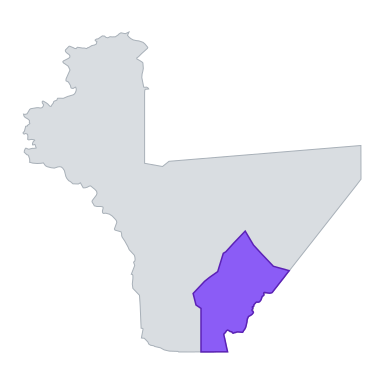 Mali, with Kidal highlighted, rotated 90°
{"feature_id": "MLI-2689", "entity_name": "Kidal", "entity_type": "Region", "adm_level": 1, "iso_a3": "MLI", "parent_name": "Mali", "parent_adm1": "", "projection": "natural_earth1", "projection_center": [2.188, 19.739], "detail": "fine", "context": "in_parent", "style": "filled", "palette": "violet", "viewbox_px": 384, "rotation_deg": 90, "n_neighbors": 0, "source": "natural_earth", "source_scale": "10m", "svg_char_len": 5629}
<svg xmlns="http://www.w3.org/2000/svg" viewBox="0 0 384 384"><g transform="rotate(90 192 192)"><path d="M48.4,309.6L48.6,307.9L47.3,306.7L47.3,306.2L48.1,301.2L48.0,299.9L48.6,297.4L47.7,296.3L47.6,295.5L45.6,292.2L45.0,289.5L44.0,287.7L41.6,287.1L40.7,288.7L40.1,288.9L39.2,287.8L38.9,286.9L38.9,286.0L35.9,281.7L36.1,279.4L37.3,278.2L37.8,276.2L36.7,274.0L36.9,271.8L36.8,268.7L35.0,266.0L33.8,264.8L32.8,263.0L33.7,258.7L32.0,255.0L35.3,256.5L37.0,255.1L38.6,253.2L39.9,250.8L40.6,247.7L40.9,245.1L42.3,241.0L44.0,239.0L47.4,236.2L48.3,236.5L53.7,242.5L56.8,245.6L57.9,247.2L58.9,247.2L60.5,244.3L62.2,241.7L62.9,241.1L68.4,240.7L71.3,241.2L73.9,241.9L77.5,242.2L87.1,240.3L87.3,239.0L87.1,237.6L87.6,236.5L88.4,235.5L89.0,235.3L89.3,238.7L90.1,239.2L92.4,239.4L163.3,239.4L166.5,221.5L161.3,215.0L145.5,23.1L179.2,23.0L185.0,27.4L292.5,111.8L293.0,114.5L292.9,118.3L293.7,119.4L295.3,120.7L301.4,124.3L301.9,125.0L302.1,126.5L302.8,128.3L304.1,129.4L305.7,130.2L307.5,130.7L313.1,131.3L314.3,132.1L316.7,135.5L318.0,136.1L325.5,137.9L328.0,138.8L330.6,140.3L332.0,141.7L332.0,146.9L333.0,150.3L333.0,151.2L331.8,152.6L331.5,153.6L330.2,156.3L330.4,157.3L333.1,159.4L334.4,159.9L335.9,159.9L351.8,156.4L352.0,205.3L351.4,206.0L351.1,214.7L349.9,219.8L347.8,223.6L346.5,229.2L345.8,230.3L345.2,233.5L344.0,235.3L342.0,236.1L338.3,239.7L338.0,242.6L329.4,241.0L328.8,241.0L328.4,241.4L328.2,242.9L306.1,243.8L295.3,244.5L288.4,251.1L284.0,251.7L278.5,251.1L275.6,251.1L274.5,251.5L274.3,252.7L265.5,249.3L262.2,250.4L261.7,250.0L261.3,249.3L259.7,248.9L257.2,249.1L255.3,249.6L249.7,254.8L246.7,256.1L241.1,259.2L237.2,261.8L235.8,262.3L233.6,262.4L231.8,263.0L230.1,269.0L229.0,269.6L222.4,267.2L221.0,267.5L219.8,268.2L216.1,271.7L214.2,274.5L213.2,278.2L213.4,280.7L212.7,281.4L211.0,281.6L207.9,280.8L206.9,281.2L206.5,283.0L206.5,287.0L205.8,289.7L204.0,290.6L202.6,291.6L201.4,292.0L200.5,291.7L195.1,287.6L193.3,287.0L191.3,287.4L189.3,289.2L185.9,293.4L186.2,294.9L187.2,296.7L187.8,298.8L187.8,300.8L182.8,303.6L184.0,305.6L183.8,311.1L181.5,313.7L180.7,315.3L178.5,317.1L176.6,318.1L170.6,319.6L168.1,321.3L167.0,322.7L166.7,324.3L166.9,326.0L168.1,329.7L167.7,333.0L166.7,336.8L165.7,338.6L162.9,340.6L163.3,343.1L163.5,346.7L163.1,351.4L162.2,354.5L161.5,354.2L158.9,354.4L155.9,355.4L154.9,356.2L154.7,357.2L152.2,359.8L150.6,359.6L149.0,358.9L148.2,358.3L148.2,357.9L149.1,355.8L149.2,355.1L148.3,351.5L148.4,350.7L148.1,347.9L147.9,347.8L144.6,349.0L144.5,349.5L145.0,351.2L144.7,351.5L143.5,351.5L141.9,350.9L140.2,349.3L139.8,349.8L139.6,351.1L139.4,352.6L139.9,355.3L139.4,356.3L136.6,356.1L134.4,356.4L133.8,357.4L133.5,358.5L134.1,359.7L134.0,360.2L133.0,361.0L132.6,360.9L131.3,359.6L126.3,358.3L125.9,356.5L125.3,356.5L123.7,354.2L123.0,354.3L122.5,354.7L120.5,354.5L118.8,356.4L117.5,358.8L116.1,360.0L114.1,360.5L114.4,359.0L113.8,356.9L109.4,354.3L108.7,353.2L107.7,347.2L107.7,345.4L108.0,343.9L107.9,342.7L107.5,341.7L106.2,340.8L104.8,340.4L103.1,341.6L102.2,341.8L101.4,341.7L101.1,341.3L101.1,340.7L103.0,337.5L104.0,336.2L105.8,334.6L106.3,333.8L106.4,333.2L106.2,332.7L105.0,332.2L103.1,330.7L102.0,330.5L101.2,329.8L100.3,327.5L99.9,327.0L99.0,326.8L98.2,326.2L98.3,320.6L96.5,316.4L94.9,311.0L94.1,309.7L92.6,308.6L90.7,307.9L89.1,307.7L87.2,308.3L87.2,308.8L88.3,310.5L88.4,311.5L88.2,312.4L87.9,313.0L85.4,313.6L82.0,315.6L80.9,317.9L80.1,318.1L78.8,317.9L70.0,314.0L66.3,315.7L63.9,319.0L63.3,320.1L62.1,321.1L61.5,321.1L60.9,320.5L58.3,315.4L57.2,314.2L55.8,314.1L54.6,314.9L53.4,316.7L51.8,318.3L50.8,318.7L49.9,318.5L46.3,315.0L46.2,314.3L47.9,310.2L48.4,309.6Z" fill="#d9dde1" stroke="#a8b0b8" stroke-width="1"/><path d="M270.7,94.8L272.0,95.9L273.7,97.2L275.4,98.5L277.0,99.7L278.7,101.0L280.3,102.3L282.0,103.6L283.6,104.9L285.3,106.2L287.0,107.5L288.6,108.8L290.3,110.1L292.5,111.8L292.8,112.3L293.1,113.7L293.2,114.2L292.9,116.7L292.5,118.8L292.5,119.2L292.5,119.8L292.7,120.1L292.9,120.2L293.4,120.3L293.8,120.3L294.5,120.1L294.9,120.1L295.4,120.2L295.6,120.5L296.1,121.2L296.3,121.7L296.7,121.9L297.5,122.2L298.3,122.4L298.6,122.5L299.0,122.7L299.7,122.9L300.4,123.3L301.7,124.4L302.0,125.0L302.2,125.8L302.1,127.5L302.3,127.9L304.6,130.0L305.0,130.2L305.4,130.2L305.8,130.2L306.1,130.2L306.4,130.5L306.6,130.9L306.6,131.4L306.8,131.6L307.2,131.7L307.4,131.5L307.8,131.2L308.0,131.1L308.4,131.3L308.6,131.4L308.8,131.5L310.0,132.0L310.8,131.8L311.5,131.0L312.0,130.7L312.4,130.6L312.7,130.7L313.1,130.9L314.3,131.9L315.0,132.8L315.6,133.8L316.4,135.4L316.6,135.6L316.9,135.7L317.3,135.9L317.7,136.0L318.4,136.5L318.8,136.6L319.0,136.6L320.7,137.0L321.8,137.0L327.1,138.2L329.5,139.4L330.6,140.4L330.9,140.6L331.6,140.8L331.9,141.0L332.2,141.3L332.3,141.6L331.9,146.2L332.0,147.1L332.2,147.9L332.3,148.0L332.5,148.2L332.6,148.4L332.6,148.5L332.5,149.0L332.6,149.6L332.9,150.0L333.1,150.3L333.1,150.8L333.0,151.4L332.6,151.7L332.2,151.9L331.8,152.3L331.7,152.7L331.6,153.6L331.5,154.0L331.1,154.4L330.8,154.6L330.7,154.8L330.6,155.3L330.3,155.8L330.1,156.2L330.1,156.6L330.5,157.1L330.8,157.5L331.2,157.8L331.6,158.1L332.5,158.5L333.6,159.8L334.1,160.1L334.3,160.2L334.5,160.2L335.0,160.2L336.6,159.8L338.6,159.3L341.9,158.6L343.3,158.3L345.2,157.9L348.5,157.2L351.8,156.4L351.8,159.3L351.8,162.1L351.8,164.9L351.8,167.7L351.8,167.8L351.9,170.5L351.9,173.3L351.9,176.1L351.9,179.0L351.9,181.8L351.9,183.0L341.4,183.0L326.7,183.0L308.4,183.0L305.0,188.0L293.5,190.9L281.3,179.4L277.3,174.4L271.6,166.3L253.3,160.7L251.8,158.2L243.1,150.3L231.1,138.8L245.1,130.5L253.9,122.4L266.3,110.6L270.6,95.0L270.7,94.8L270.7,94.8Z" fill="#8b5cf6" stroke="#5b21b6" stroke-width="1.5"/></g></svg>